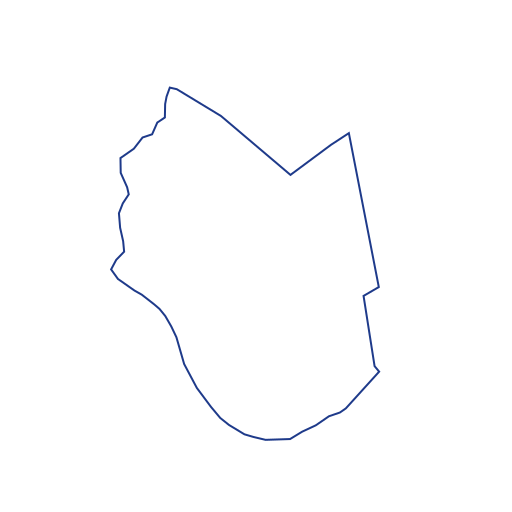 outline of Jardim Olinda, Paraná, Brazil, rotated 215°
{"feature_id": "56859067B25666254969369", "entity_name": "Jardim Olinda", "entity_type": "district", "adm_level": 2, "iso_a3": "BRA", "parent_name": "Brazil", "parent_adm1": "Paraná", "projection": "mercator", "projection_center": [-52.066, -22.579], "detail": "fine", "context": "isolated", "style": "outline", "palette": "blue", "viewbox_px": 512, "rotation_deg": 215, "n_neighbors": 0, "source": "geoboundaries", "source_scale": "gbopen_adm2", "svg_char_len": 774}
<svg xmlns="http://www.w3.org/2000/svg" viewBox="0 0 512 512"><g transform="rotate(215 256 256)"><path d="M123.1,125.6L117.4,138.6L109.9,151.6L104.3,166.6L97.5,175.9L95.0,182.7L88.8,231.9L95.7,233.8L145.0,285.0L137.6,301.0L250.4,409.9L258.3,390.2L274.3,342.2L365.0,350.6L416.6,347.2L423.2,344.5L420.7,335.3L417.6,328.4L410.1,317.2L413.4,308.7L410.9,296.1L416.9,288.0L417.6,273.8L423.2,258.5L414.5,246.5L401.0,238.4L395.6,233.5L395.3,222.7L392.8,212.4L383.5,201.2L373.3,191.9L366.5,183.9L368.3,172.7L367.0,161.9L355.9,158.0L335.7,158.0L327.4,158.8L311.9,158.0L304.7,157.3L295.9,154.8L285.0,149.7L274.6,143.8L252.9,126.3L228.8,114.0L206.4,106.6L192.3,102.8L181.3,102.1L163.2,103.3L154.3,106.3L142.7,110.9L123.1,125.6Z" fill="none" stroke="#1e3a8a" stroke-width="2"/></g></svg>